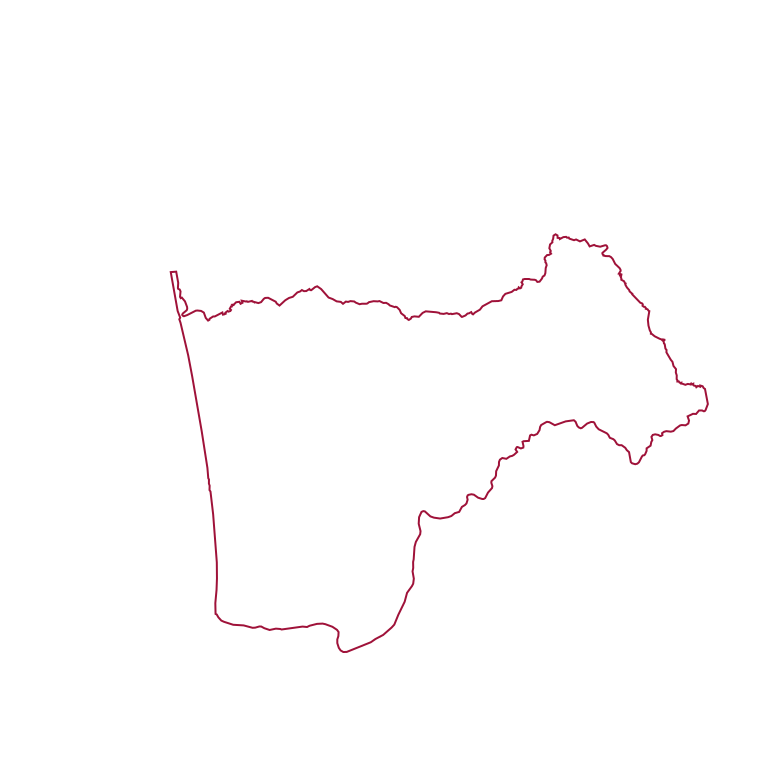 Kulon Progo, Yogyakarta, Indonesia (orthographic projection), rotated 57°
{"feature_id": "22746128B43033686501526", "entity_name": "Kulon Progo", "entity_type": "district", "adm_level": 2, "iso_a3": "IDN", "parent_name": "Indonesia", "parent_adm1": "Yogyakarta", "projection": "orthographic", "projection_center": [110.154, -7.813], "detail": "fine", "context": "isolated", "style": "outline", "palette": "rose", "viewbox_px": 768, "rotation_deg": 57, "n_neighbors": 0, "source": "geoboundaries", "source_scale": "gbopen_adm2", "svg_char_len": 6165}
<svg xmlns="http://www.w3.org/2000/svg" viewBox="0 0 768 768"><g transform="rotate(57 384 384)"><path d="M532.2,390.6L529.5,385.6L529.6,382.0L529.1,379.9L526.6,376.9L524.0,375.9L523.0,374.5L523.0,373.5L524.1,370.7L525.8,368.9L530.6,367.0L534.0,364.2L534.7,363.1L534.8,361.3L531.7,355.9L530.1,350.1L528.7,348.7L525.3,347.8L524.0,346.8L523.0,341.8L521.8,340.0L518.2,337.4L514.9,332.0L512.0,330.0L510.6,328.0L510.5,325.1L513.4,322.1L513.3,317.9L514.1,315.6L514.2,313.6L513.5,309.3L510.5,309.3L509.3,307.1L509.6,306.3L512.6,304.3L513.2,301.8L512.0,300.8L507.9,299.3L508.0,298.1L510.6,293.5L506.7,289.5L506.8,288.0L508.7,286.3L509.3,282.7L507.4,278.7L505.0,276.4L504.0,274.5L504.3,269.1L504.5,267.9L506.1,266.1L511.6,263.2L514.3,252.0L517.8,244.5L520.0,243.9L524.4,244.7L526.5,244.3L528.3,243.1L528.6,241.8L527.8,235.2L528.6,231.1L530.0,229.1L530.9,228.7L535.3,229.2L538.9,228.6L546.7,224.0L548.7,223.6L552.1,223.9L555.2,221.7L557.0,221.2L561.3,221.3L563.4,220.1L564.8,218.0L568.9,216.4L571.7,216.4L574.6,215.6L583.9,219.5L585.5,219.2L588.1,217.0L588.8,214.9L588.5,212.8L585.3,207.2L584.9,205.9L585.5,204.4L585.1,203.2L583.1,200.2L581.0,198.8L580.9,194.0L578.2,191.4L577.2,189.5L574.0,188.5L573.1,186.3L573.9,184.0L576.1,181.7L578.1,180.7L578.5,179.7L578.5,178.3L576.7,177.6L576.6,175.2L577.3,172.9L580.2,169.4L581.1,166.9L580.3,163.4L580.0,158.2L580.6,156.6L582.9,153.6L582.9,150.3L580.8,148.1L576.5,147.0L577.3,141.1L579.1,138.6L577.8,134.2L579.5,131.6L581.1,130.6L581.4,129.8L581.0,128.5L577.2,123.3L563.0,117.5L561.6,118.1L559.4,118.0L557.5,119.6L558.5,120.3L556.6,121.8L556.8,123.8L555.4,123.6L554.2,124.9L553.1,125.2L552.2,124.5L551.7,126.6L550.9,126.4L551.1,127.3L549.4,129.2L548.8,131.7L545.9,133.9L545.5,134.7L545.1,134.8L544.7,134.2L544.4,134.9L543.6,135.4L542.2,135.4L541.7,136.6L540.1,135.8L539.3,135.9L536.2,133.8L533.3,133.0L530.6,131.0L526.6,131.4L522.5,130.0L519.9,130.3L511.3,129.9L509.3,128.5L507.6,128.7L503.5,126.9L502.4,127.1L500.7,126.3L499.1,126.7L500.2,124.1L498.4,125.9L498.0,126.8L496.2,128.2L491.4,131.0L487.7,132.2L487.2,132.8L486.0,132.0L483.9,131.9L479.1,130.4L473.8,127.7L467.4,121.8L466.8,122.2L464.8,122.3L463.5,123.5L462.9,123.0L461.3,123.2L460.8,124.0L459.2,124.6L458.2,123.6L457.1,123.6L455.4,124.8L444.0,127.0L443.7,126.6L440.1,127.6L438.8,127.2L435.3,127.7L432.1,127.5L431.3,126.6L430.6,127.0L428.6,126.7L425.8,128.2L424.7,127.4L423.6,127.3L421.4,125.2L420.7,125.7L420.9,126.8L420.1,126.4L419.4,127.0L418.0,123.9L416.9,123.4L415.1,123.3L409.2,124.7L403.8,124.1L401.2,124.5L399.5,125.4L397.4,128.5L395.8,130.0L395.2,129.6L394.6,130.0L393.5,129.8L393.0,129.4L392.3,124.4L391.6,122.4L389.9,121.9L388.8,122.1L388.1,122.9L386.6,127.9L383.5,131.1L381.8,132.0L380.6,136.6L377.2,136.4L372.1,136.9L371.1,142.0L367.4,144.2L366.9,146.3L363.0,149.4L361.8,149.3L361.0,150.8L359.8,151.1L358.5,153.6L358.2,157.6L357.2,157.3L356.0,158.8L353.9,157.6L351.9,158.6L351.9,161.0L354.3,163.0L355.7,165.0L356.9,165.6L357.4,168.7L360.2,171.4L363.3,171.7L363.9,172.9L365.7,172.9L365.6,175.3L364.7,177.0L365.5,180.3L366.9,181.4L368.4,181.4L369.9,182.4L371.0,182.2L373.0,182.9L374.8,185.2L378.9,188.3L380.4,190.3L380.4,192.4L381.6,194.1L382.9,197.8L381.9,199.8L379.8,200.0L378.7,200.8L376.3,204.1L375.0,205.1L372.6,208.7L372.0,210.5L373.5,212.3L373.6,213.3L375.9,213.3L377.0,215.6L378.0,216.5L377.9,217.8L376.4,218.4L377.2,219.2L376.8,220.3L377.2,221.7L376.0,223.3L376.3,226.8L374.5,233.1L375.4,236.5L377.7,240.0L376.7,242.9L373.3,248.5L372.5,259.1L373.9,263.1L373.6,268.7L374.1,271.4L373.4,271.8L371.2,271.7L371.0,274.3L370.4,275.6L370.9,278.3L370.3,281.8L370.0,282.3L366.2,283.0L364.3,284.4L362.4,289.0L361.5,289.5L360.7,291.4L358.8,292.7L357.7,295.8L355.3,298.8L354.3,299.0L352.3,301.1L345.8,309.4L345.4,312.9L346.6,318.2L343.9,321.6L342.9,324.2L343.8,325.9L343.8,328.3L342.4,329.0L341.4,328.8L340.3,330.1L338.3,329.6L334.0,331.1L330.3,330.5L326.6,331.3L325.6,332.1L325.4,333.1L321.2,336.4L319.6,336.7L317.1,338.0L315.7,340.4L312.0,342.6L311.3,344.3L308.9,347.6L307.2,352.0L307.4,354.1L307.0,355.2L304.7,358.7L303.8,361.0L300.3,363.4L298.6,364.0L296.2,367.0L295.6,369.4L294.1,371.1L294.4,374.7L291.6,375.5L288.9,378.7L284.8,380.8L281.3,383.4L270.2,385.0L265.7,386.8L265.2,389.0L265.7,393.9L265.1,394.7L263.7,394.8L263.7,398.6L262.5,400.6L260.5,401.7L260.7,404.0L260.0,406.8L261.2,413.0L260.1,416.8L260.0,421.2L261.3,428.9L258.1,430.1L256.0,430.0L248.6,434.2L247.1,436.8L247.1,438.4L248.4,442.5L247.7,445.3L244.9,447.8L245.0,448.2L243.7,448.7L243.2,449.5L242.4,449.5L241.0,453.4L239.9,454.0L239.8,454.7L236.7,457.9L238.8,458.4L238.6,460.6L236.3,460.5L234.9,463.5L235.6,466.7L235.0,467.9L235.7,467.8L235.5,468.6L236.1,469.4L235.6,470.0L236.9,472.4L238.6,472.0L239.1,473.1L238.6,475.0L237.6,475.4L237.8,478.1L238.1,478.7L238.8,478.6L238.6,480.0L238.1,481.3L236.0,480.6L235.2,489.1L234.3,490.5L234.3,494.8L235.1,495.5L235.0,497.0L231.5,497.5L226.0,496.2L223.1,497.6L220.8,500.4L220.0,501.9L219.0,511.5L218.2,514.9L217.3,515.5L216.1,515.6L215.3,514.4L214.7,509.3L213.8,508.1L212.2,507.2L206.3,505.9L201.4,506.5L201.3,507.7L199.8,507.6L195.5,504.2L193.5,503.9L192.1,504.8L191.3,504.6L187.1,501.5L176.6,497.1L174.0,501.9L210.4,517.3L217.4,518.8L218.2,520.4L221.8,521.3L253.3,532.6L273.1,540.7L324.3,562.6L358.2,577.8L367.3,582.7L368.7,582.8L372.2,585.1L374.3,585.6L377.9,588.1L379.7,588.1L400.3,598.3L442.6,621.4L456.1,630.0L465.5,636.6L475.9,644.8L485.1,650.5L486.2,649.8L489.5,650.0L493.8,649.3L496.3,647.7L503.8,641.6L510.0,633.2L516.9,627.0L518.2,624.7L519.5,620.5L520.6,619.0L523.6,617.4L528.0,613.9L530.3,607.9L533.0,604.4L534.1,603.6L543.1,584.4L545.9,580.9L546.2,578.1L548.7,570.8L551.5,566.0L553.5,564.0L559.5,559.5L564.6,557.3L567.3,557.2L570.6,559.6L572.8,562.3L575.9,564.3L580.7,565.6L583.8,565.5L586.6,564.1L588.4,561.2L593.4,535.7L593.2,530.1L594.0,521.4L592.4,510.3L591.4,506.4L585.3,497.6L577.9,485.3L571.7,478.4L568.7,470.6L567.4,468.3L563.5,465.0L556.7,462.1L554.2,459.7L549.1,456.5L547.2,454.6L537.2,447.1L533.8,443.3L529.7,435.5L527.3,433.5L520.1,431.0L514.8,427.1L511.7,422.2L512.0,420.3L513.1,419.1L520.3,417.2L523.3,414.9L527.4,410.2L530.6,402.8L531.4,399.4L530.9,395.0L532.2,390.6Z" fill="none" stroke="#9f1239" stroke-width="2"/></g></svg>